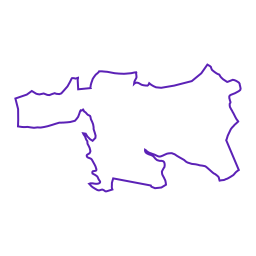 outline of Monchy/Lafeuille, Gros Islet, Saint Lucia
{"feature_id": "8701671B46064896130461", "entity_name": "Monchy/Lafeuille", "entity_type": "district", "adm_level": 2, "iso_a3": "LCA", "parent_name": "Saint Lucia", "parent_adm1": "Gros Islet", "projection": "mercator", "projection_center": [-60.941, 14.059], "detail": "fine", "context": "isolated", "style": "outline", "palette": "violet", "viewbox_px": 256, "rotation_deg": 0, "n_neighbors": 0, "source": "geoboundaries", "source_scale": "gbopen_adm2", "svg_char_len": 5761}
<svg xmlns="http://www.w3.org/2000/svg" viewBox="0 0 256 256"><path d="M78.0,77.8L75.5,78.6L74.1,78.2L72.1,78.1L71.6,78.6L70.0,81.9L67.5,86.4L64.0,90.4L61.3,93.4L59.3,94.1L56.3,93.8L54.7,93.2L52.2,94.0L49.4,95.1L47.3,94.9L43.7,93.5L41.3,94.0L39.5,94.4L37.6,94.1L36.2,93.7L32.3,91.3L31.8,91.0L26.8,94.6L15.4,98.5L15.5,98.9L18.1,109.1L18.2,119.8L18.0,126.4L22.2,127.0L24.7,127.1L27.5,126.9L30.7,127.4L34.0,127.8L37.4,127.4L39.3,127.5L41.0,127.5L44.1,127.0L47.7,126.2L52.1,124.9L55.2,123.9L59.2,122.7L63.2,122.6L67.3,122.3L70.2,122.0L74.9,120.8L76.5,119.0L78.1,116.9L79.1,114.3L80.1,111.3L80.7,110.3L81.7,110.6L82.7,109.7L83.1,109.5L83.3,109.8L84.1,111.4L85.7,112.5L86.7,113.7L87.8,114.8L89.1,115.4L90.0,115.9L90.4,116.7L90.9,119.2L92.1,121.7L93.1,124.3L93.6,127.2L93.6,129.0L94.2,131.0L94.8,132.8L95.6,135.7L95.4,137.9L92.6,140.8L90.2,139.3L87.4,136.5L85.7,133.7L83.1,133.3L83.6,134.4L85.0,136.4L85.1,136.6L85.7,138.3L86.1,139.3L86.3,139.7L86.7,140.3L87.2,141.0L87.4,141.6L87.4,142.6L87.5,143.5L87.8,144.4L88.4,145.3L89.1,146.8L89.6,147.8L90.3,150.6L90.4,151.2L90.2,151.9L89.8,152.8L89.4,153.4L88.5,153.9L87.7,154.4L87.2,154.7L86.8,155.2L86.7,155.7L86.9,156.5L87.1,156.8L87.4,157.2L88.1,157.6L88.5,157.8L88.9,157.9L89.7,158.2L90.2,158.4L91.0,158.8L91.4,159.1L92.0,159.9L94.6,164.6L95.0,165.4L95.4,166.2L95.7,167.0L96.0,168.1L96.3,168.9L96.4,169.6L96.3,170.2L96.0,170.6L95.1,170.9L94.2,171.0L93.1,171.2L92.8,171.3L92.5,171.7L92.4,171.9L92.3,172.4L92.5,173.5L93.0,173.8L93.5,174.1L93.9,174.3L94.6,174.6L95.2,175.0L96.0,175.5L96.5,175.9L97.3,176.5L97.8,177.5L98.1,178.1L98.3,178.6L98.7,179.5L99.5,180.6L99.9,181.2L100.1,181.6L100.1,182.0L100.0,182.5L99.5,183.0L99.0,183.3L98.3,183.6L97.0,183.8L95.8,183.8L94.0,183.6L93.0,183.4L92.0,183.3L90.9,183.3L90.5,183.3L89.2,183.8L89.8,184.4L90.5,185.2L91.1,185.9L91.9,186.6L92.8,187.3L93.6,187.8L94.7,188.5L95.4,188.9L96.4,189.5L97.3,190.0L98.3,190.3L99.4,190.3L100.6,190.0L101.4,189.7L102.5,189.6L103.8,190.2L104.5,190.7L105.2,191.2L105.8,191.4L106.6,191.3L112.4,189.5L111.9,188.1L111.8,186.6L111.9,185.1L111.9,183.9L111.9,183.0L112.2,181.8L112.5,180.7L112.8,179.8L113.2,178.4L150.8,185.5L151.4,186.7L155.0,188.2L161.4,187.5L166.0,184.7L165.7,182.4L165.4,180.9L165.2,180.3L165.0,179.8L164.8,179.4L164.3,178.5L164.2,178.1L163.7,177.2L162.5,175.0L162.1,173.9L162.1,173.7L162.0,172.8L161.9,171.6L162.2,170.9L163.2,169.0L163.7,168.1L164.4,167.1L164.6,166.0L164.7,164.9L164.6,163.9L164.4,162.9L164.0,162.0L163.3,161.3L162.2,161.0L161.2,160.8L160.2,160.9L159.5,160.8L159.0,160.7L158.2,160.4L157.6,160.3L156.8,159.9L156.0,159.2L155.3,158.6L154.9,158.1L154.4,157.5L154.1,157.1L153.8,156.8L153.1,156.1L152.1,155.5L151.2,155.1L150.7,154.9L149.3,154.5L147.3,153.6L146.5,153.1L145.9,152.6L145.7,152.4L145.3,151.7L145.0,150.7L145.1,150.3L145.1,149.8L145.8,150.2L146.3,150.7L146.5,150.9L146.7,151.1L146.9,151.3L147.2,151.5L147.5,151.7L148.7,152.5L149.0,152.6L149.9,153.0L150.5,153.2L150.9,153.3L151.6,153.6L151.9,153.7L152.1,153.8L153.0,154.1L154.2,154.5L154.4,154.6L155.1,154.9L155.5,155.1L157.4,156.0L158.2,156.3L158.4,156.4L159.1,156.5L159.4,156.5L159.6,156.5L159.8,156.5L160.1,156.5L161.0,156.3L161.5,156.1L162.8,155.6L163.4,155.3L164.7,154.7L166.5,153.9L167.3,153.6L167.5,153.6L168.6,153.4L168.9,153.3L169.7,153.3L170.9,153.2L171.1,153.2L171.8,153.2L172.7,153.5L173.0,153.7L174.5,154.2L174.8,154.4L175.0,154.5L175.7,155.0L176.3,155.4L177.5,156.2L178.1,156.5L178.9,157.0L180.3,157.8L182.6,159.1L183.3,159.5L184.3,160.1L184.7,160.5L186.2,161.8L187.3,162.4L187.7,162.6L188.1,162.7L191.5,163.8L191.9,163.9L194.7,164.2L195.6,164.3L198.0,164.8L199.7,165.3L200.4,165.4L202.1,165.6L204.2,166.0L205.3,166.3L206.2,166.9L207.4,167.9L209.9,170.1L212.7,172.6L214.1,173.6L215.2,174.1L217.1,175.6L217.9,176.3L218.6,177.1L218.8,177.6L219.4,180.0L219.6,180.6L220.7,180.4L221.9,180.2L223.2,180.1L224.3,179.9L225.7,179.2L227.2,178.7L228.0,178.3L229.4,177.5L230.6,176.8L232.0,175.9L233.3,175.1L234.4,173.9L235.3,172.8L236.2,171.9L237.6,170.8L238.8,170.0L226.2,140.2L226.3,139.9L226.6,139.4L227.0,138.1L227.3,137.1L227.7,135.8L228.1,134.9L230.2,130.5L230.8,129.2L232.1,127.5L232.8,126.8L233.5,126.1L234.4,125.0L234.6,124.8L236.4,123.2L237.6,122.1L238.2,121.5L238.1,121.3L237.1,119.9L236.6,119.3L235.5,117.4L234.3,115.0L233.7,113.8L233.4,113.2L232.9,112.4L232.5,111.7L232.2,111.0L231.8,110.3L231.3,109.5L231.0,109.0L230.5,108.0L230.0,107.1L229.8,106.2L229.8,105.8L229.7,105.5L229.7,105.0L229.7,104.5L229.7,104.4L229.7,103.9L229.9,103.4L230.1,103.1L230.4,102.7L230.5,102.1L230.2,101.2L229.9,100.4L229.7,99.4L229.3,98.1L229.3,96.8L229.3,96.4L229.5,96.0L229.6,95.8L230.2,95.2L231.2,94.7L234.0,93.6L234.8,93.3L237.4,91.9L238.7,91.2L239.6,90.5L240.2,90.0L240.6,88.7L240.4,87.5L240.1,86.1L239.8,85.0L239.6,83.7L238.9,82.6L237.7,81.8L236.2,80.9L234.6,80.2L232.8,79.8L227.5,81.9L227.1,81.9L224.8,80.4L223.0,79.2L221.1,77.4L220.4,76.5L219.5,75.0L219.3,74.6L217.5,73.9L216.3,73.2L215.0,72.3L213.8,71.4L212.0,69.9L211.4,68.6L210.8,66.8L209.8,66.0L209.1,65.6L207.4,64.6L201.3,73.3L191.8,81.1L174.2,85.6L161.2,87.8L156.0,87.3L153.6,86.2L151.7,85.1L150.4,84.2L149.2,83.2L148.4,84.9L147.5,85.6L145.5,85.5L143.9,85.3L142.4,85.0L141.5,84.7L140.6,84.2L139.4,83.5L138.5,83.0L137.2,82.7L136.1,82.7L134.5,83.4L134.3,83.6L134.1,83.8L134.4,81.7L135.0,80.3L135.8,78.9L136.4,77.7L136.5,77.0L136.3,74.8L136.1,73.3L136.3,72.5L136.2,72.3L134.4,72.5L131.2,73.2L126.6,73.6L124.0,73.8L119.1,73.6L114.6,73.2L109.9,72.3L107.2,71.8L104.6,71.6L101.6,71.3L99.1,71.3L98.7,72.0L98.5,72.3L97.8,72.9L97.3,73.4L95.9,74.5L95.3,75.2L93.7,77.4L92.9,78.7L92.7,79.0L92.4,79.9L92.0,81.1L91.4,82.7L90.9,84.6L90.8,84.8L90.7,85.5L90.6,86.3L90.4,87.6L90.4,87.9L90.5,88.1L78.2,89.3L78.1,87.5L78.0,85.6L77.7,80.2L77.7,79.6L77.9,78.6L78.0,78.3L78.0,77.8Z" fill="none" stroke="#5b21b6" stroke-width="2"/></svg>